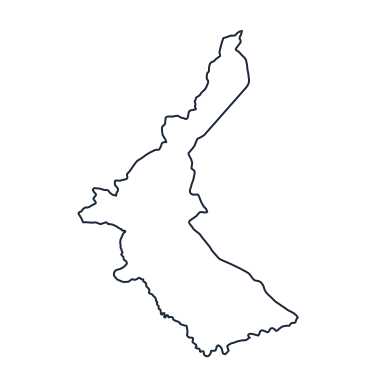 Yarula, La Paz, Honduras, rotated 183°
{"feature_id": "27666195B51928369453828", "entity_name": "Yarula", "entity_type": "district", "adm_level": 2, "iso_a3": "HND", "parent_name": "Honduras", "parent_adm1": "La Paz", "projection": "albers", "projection_center": [-88.087, 14.087], "detail": "fine", "context": "isolated", "style": "outline", "palette": "slate", "viewbox_px": 384, "rotation_deg": 183, "n_neighbors": 0, "source": "geoboundaries", "source_scale": "gbopen_adm2", "svg_char_len": 5963}
<svg xmlns="http://www.w3.org/2000/svg" viewBox="0 0 384 384"><g transform="rotate(183 192 192)"><path d="M88.2,63.4L87.8,63.7L86.4,65.7L86.0,66.1L85.2,66.4L83.0,66.7L82.4,66.9L81.9,67.4L80.8,71.0L79.8,72.2L81.4,74.3L84.2,76.4L90.4,79.2L91.9,80.3L102.1,86.4L103.7,87.6L112.2,95.0L114.1,97.5L115.5,101.2L116.3,102.8L117.7,104.6L118.9,105.7L120.7,106.5L124.0,106.9L125.2,107.3L126.7,108.7L130.5,113.2L131.9,114.2L134.6,115.6L141.1,118.6L148.7,121.8L159.8,126.0L161.5,126.9L168.5,134.0L171.8,138.6L179.9,147.6L181.8,150.0L182.8,150.9L187.5,154.2L188.8,155.4L190.2,157.3L192.2,159.5L192.9,160.5L193.3,161.5L193.2,162.4L192.7,163.3L186.3,168.3L184.4,170.9L183.2,172.1L182.1,172.5L178.6,172.2L177.2,172.3L176.2,172.6L175.8,173.2L177.0,175.9L179.5,178.0L180.1,179.1L182.1,182.1L184.7,187.8L185.5,189.2L186.2,189.7L186.9,189.8L190.1,189.4L191.6,189.6L193.0,190.3L193.8,191.3L194.1,192.6L194.1,194.1L193.2,197.3L192.7,200.0L191.4,203.9L190.3,211.1L190.8,213.5L193.3,215.1L193.8,215.6L193.3,221.1L194.6,224.7L197.3,229.1L197.5,230.0L197.3,230.9L194.1,235.0L191.9,238.3L190.5,242.6L189.3,245.4L185.0,247.8L182.6,249.7L143.3,299.3L141.8,301.8L141.0,304.0L140.9,305.4L140.9,306.9L141.9,312.7L143.0,317.1L143.8,322.2L145.1,326.9L147.0,329.2L150.0,331.8L151.8,333.7L153.0,334.7L155.0,335.8L155.5,336.2L155.8,336.7L155.4,337.9L151.3,344.0L151.4,345.9L151.8,346.6L152.4,347.3L152.6,348.0L152.1,350.0L151.2,351.9L150.7,355.3L152.7,354.8L153.8,354.1L155.2,353.0L156.8,351.0L157.6,350.5L162.0,350.0L164.8,348.7L168.7,347.3L169.8,343.7L170.9,338.8L171.9,333.2L171.9,332.6L171.1,330.4L171.1,329.3L171.5,328.8L172.9,327.8L175.4,325.7L176.8,323.8L178.5,323.2L179.5,322.5L180.5,321.4L181.1,319.9L181.4,318.2L181.5,313.2L183.1,311.2L183.2,310.5L183.3,306.6L182.7,305.2L181.8,304.1L181.6,303.0L181.9,301.2L182.9,298.2L184.3,295.3L187.7,291.8L189.0,289.5L190.8,287.9L192.8,286.5L193.3,284.4L194.0,282.5L193.1,279.7L193.1,279.0L193.5,278.3L193.6,277.6L192.6,275.5L192.5,275.0L192.7,274.7L197.8,273.4L198.7,272.8L199.2,272.0L199.5,271.1L199.9,267.2L200.2,266.0L200.8,265.1L201.5,264.7L202.4,264.6L204.3,265.3L206.2,265.5L210.3,267.4L211.2,267.2L212.7,267.1L214.5,266.4L219.9,266.1L221.0,265.8L221.7,265.4L222.1,264.7L222.3,263.7L222.5,258.6L222.9,257.9L224.5,256.4L225.0,255.7L225.3,254.7L225.3,253.3L224.9,250.2L224.3,247.4L221.3,243.0L220.4,240.9L220.4,240.4L220.7,240.3L221.6,240.5L222.5,240.3L223.6,239.9L224.4,239.3L224.8,238.4L225.3,236.5L226.1,234.4L226.6,233.4L227.1,232.7L227.7,232.4L229.2,232.4L231.1,232.0L236.2,229.1L239.4,227.0L244.0,223.2L247.0,221.2L248.4,220.1L249.4,218.8L251.2,216.2L255.2,209.7L257.8,206.5L257.8,205.5L257.3,203.1L257.4,202.4L257.8,201.9L258.7,201.3L262.3,200.3L264.5,199.5L268.5,199.5L269.2,199.3L269.5,198.5L269.6,197.4L269.2,194.9L266.7,192.2L266.2,191.4L266.0,190.6L266.2,188.9L267.1,187.6L267.4,186.7L267.6,185.7L267.5,184.8L267.6,184.5L269.0,184.6L271.4,185.2L273.7,186.8L275.6,188.9L276.5,189.4L280.0,189.5L283.8,190.5L289.4,190.8L290.4,190.3L291.0,189.4L290.9,188.4L290.1,187.2L288.1,185.1L287.7,184.2L288.1,183.2L289.7,181.2L290.1,180.2L289.3,178.8L287.8,177.2L287.6,176.4L287.7,175.6L288.7,174.9L290.6,173.9L293.8,171.7L295.8,171.0L297.5,171.0L298.5,170.5L300.1,169.0L300.9,167.9L301.4,166.8L302.7,166.4L303.6,165.8L304.1,165.1L304.2,164.5L300.7,159.2L299.3,156.3L298.9,156.0L295.8,156.3L290.4,156.1L286.8,156.6L284.5,156.1L282.6,155.3L281.8,155.2L280.9,155.4L276.7,157.1L275.9,157.1L274.9,156.6L274.4,155.8L269.6,155.3L264.8,153.3L262.9,152.0L260.5,151.1L260.3,150.9L260.3,150.4L260.1,150.2L259.5,149.9L257.7,149.8L256.7,149.4L256.6,149.0L256.7,148.6L257.9,147.8L258.7,146.3L260.7,141.2L261.0,139.9L261.0,136.6L260.4,135.1L260.5,132.9L260.1,132.0L259.4,131.2L259.4,130.3L258.3,127.9L258.4,127.4L259.3,126.1L259.3,125.7L257.2,123.6L256.5,121.0L255.8,120.3L254.7,119.9L253.9,119.0L253.4,118.0L253.3,117.3L253.5,116.7L254.9,114.9L257.2,112.8L260.0,111.3L263.3,110.2L264.6,109.2L265.4,107.9L265.7,106.5L265.7,105.1L265.0,103.7L262.1,100.7L258.3,99.3L256.5,98.7L255.6,98.6L253.7,98.7L250.7,99.1L248.0,101.4L246.6,101.8L245.2,101.3L244.3,101.4L243.2,101.8L240.4,103.5L239.3,103.3L238.3,102.4L237.4,102.2L236.3,102.2L236.0,101.5L236.1,100.7L235.9,100.3L235.3,99.9L234.3,99.6L233.7,98.5L233.0,98.1L232.8,95.6L230.6,93.6L229.5,92.2L229.4,91.1L229.8,89.7L229.6,88.8L226.0,87.4L224.9,85.9L223.6,85.0L222.9,84.1L222.3,82.6L222.3,81.5L221.4,80.7L220.8,79.9L220.9,79.5L221.3,78.9L221.1,78.2L220.5,77.3L219.6,76.6L219.3,76.1L219.3,74.6L219.1,73.8L218.7,73.3L217.7,73.1L217.4,72.7L217.1,71.6L216.6,68.8L216.3,68.3L216.0,68.0L215.6,68.0L215.3,68.4L214.8,69.4L213.3,69.5L213.0,67.7L213.3,66.2L213.2,65.7L212.8,65.4L212.3,65.3L211.9,65.5L211.4,66.8L210.9,67.6L210.6,67.7L210.0,67.7L209.4,67.2L209.2,66.3L208.7,65.6L207.7,66.0L206.6,66.1L205.0,65.9L204.3,65.0L204.1,63.9L203.6,63.4L202.5,62.8L198.3,61.5L197.5,60.9L197.2,60.0L196.8,59.6L193.4,58.5L191.1,58.2L190.3,57.8L189.3,53.0L189.2,50.8L189.5,49.6L189.3,48.3L188.8,47.7L187.4,46.6L183.8,46.4L183.4,45.9L183.3,45.0L183.4,43.5L183.7,43.0L183.4,41.9L180.0,39.7L179.5,38.7L179.5,38.2L180.2,37.3L180.2,36.6L178.8,36.1L176.7,35.9L176.0,35.1L175.8,33.5L175.2,32.9L173.4,33.5L172.4,33.5L171.9,32.9L171.7,31.1L171.3,30.0L170.1,29.2L168.8,28.7L167.5,28.8L166.2,29.9L165.1,31.5L164.7,33.0L164.7,34.0L164.2,34.4L160.8,34.7L160.0,35.5L159.5,37.3L159.3,38.8L158.4,40.0L157.6,40.2L156.7,39.7L155.1,38.6L154.1,36.9L152.7,32.6L152.3,32.2L150.3,31.8L147.9,34.4L147.2,35.6L147.2,36.0L147.7,36.6L148.2,38.5L148.7,39.4L148.6,40.1L148.3,40.5L145.4,42.7L142.5,43.6L138.9,45.2L134.8,46.3L130.1,47.0L126.9,49.6L127.9,50.5L128.4,51.8L128.1,52.6L127.3,53.3L124.7,53.5L119.7,52.4L118.2,52.2L117.7,52.9L116.7,56.2L116.1,57.0L115.4,57.4L114.7,57.5L113.7,57.4L109.9,56.1L109.1,55.9L108.5,56.3L107.9,56.9L107.0,58.8L106.5,59.5L105.8,60.0L105.0,60.2L104.1,60.1L103.1,59.8L102.5,59.4L101.5,58.2L100.7,57.8L100.3,57.7L99.3,58.4L96.6,61.0L94.8,62.3L93.3,62.8L91.0,63.3L89.5,63.5L88.2,63.4Z" fill="none" stroke="#1e293b" stroke-width="2"/></g></svg>